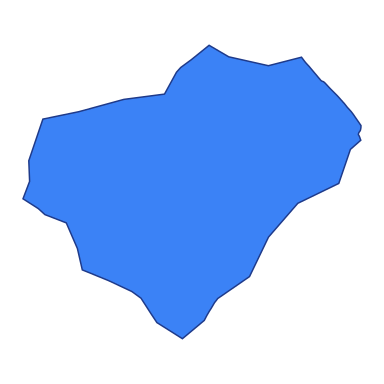 Saixandulaan, Dornogovi, Mongolia
{"feature_id": "93677404B55726932158905", "entity_name": "Saixandulaan", "entity_type": "district", "adm_level": 2, "iso_a3": "MNG", "parent_name": "Mongolia", "parent_adm1": "Dornogovi", "projection": "equal_earth", "projection_center": [109.601, 44.783], "detail": "fine", "context": "isolated", "style": "filled", "palette": "blue", "viewbox_px": 384, "rotation_deg": 0, "n_neighbors": 0, "source": "geoboundaries", "source_scale": "gbopen_adm2", "svg_char_len": 1234}
<svg xmlns="http://www.w3.org/2000/svg" viewBox="0 0 384 384"><path d="M78.8,111.7L42.9,119.1L28.8,160.7L29.6,181.4L23.0,198.8L38.3,208.6L44.9,214.6L66.3,222.9L77.4,248.5L82.3,269.9L108.3,280.5L131.8,291.5L141.0,298.2L151.0,313.7L156.9,322.6L182.4,338.7L204.3,320.4L206.9,315.4L209.4,311.1L211.1,308.5L214.5,302.7L214.9,302.2L215.3,301.7L216.1,300.7L217.3,299.1L217.6,298.6L249.5,276.6L268.5,237.1L297.8,203.3L338.8,183.4L350.4,149.4L360.8,140.2L360.1,138.5L359.8,137.4L359.0,135.6L358.4,134.8L358.4,134.2L358.5,133.8L358.6,133.2L358.9,132.5L359.3,132.0L360.3,130.6L360.6,129.5L360.9,127.8L361.0,125.6L358.9,122.5L354.4,116.0L353.4,114.5L351.2,111.6L347.2,107.2L346.2,105.9L344.4,103.6L343.7,102.8L342.9,102.0L342.3,101.2L341.3,100.2L340.0,98.7L339.2,97.8L338.3,96.8L337.0,95.4L335.8,94.2L335.3,93.7L334.3,92.7L332.8,91.2L331.8,90.2L330.5,88.9L328.8,87.1L327.8,86.0L325.4,83.4L324.5,82.5L323.5,81.7L322.1,81.2L321.5,80.9L321.0,80.5L320.7,80.2L319.8,79.1L317.9,76.9L316.6,75.3L314.7,73.1L313.2,71.3L310.5,68.1L309.2,66.5L307.7,64.9L305.7,62.7L304.5,61.2L301.5,57.2L268.4,65.7L228.7,56.8L209.1,45.3L202.3,50.8L191.3,59.7L180.7,67.5L176.5,72.2L164.5,94.1L123.8,99.4L78.8,111.7Z" fill="#3b82f6" stroke="#1e3a8a" stroke-width="1.5"/></svg>